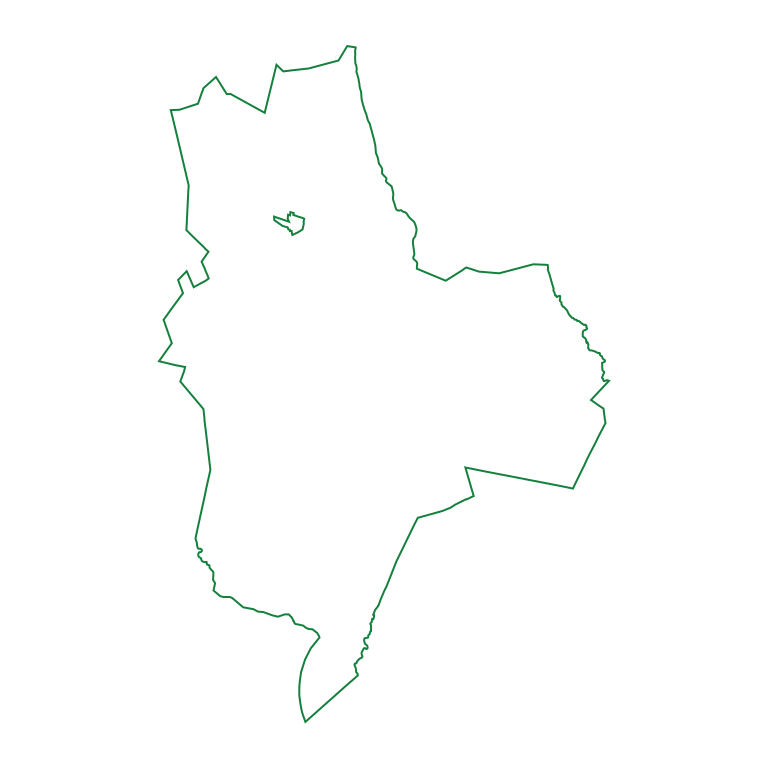 Gwanda, Matabeleland South, Zimbabwe
{"feature_id": "62879985B81037274427079", "entity_name": "Gwanda", "entity_type": "district", "adm_level": 2, "iso_a3": "ZWE", "parent_name": "Zimbabwe", "parent_adm1": "Matabeleland South", "projection": "equal_earth", "projection_center": [29.396, -21.277], "detail": "fine", "context": "isolated", "style": "outline", "palette": "green", "viewbox_px": 768, "rotation_deg": 0, "n_neighbors": 0, "source": "geoboundaries", "source_scale": "gbopen_adm2", "svg_char_len": 6080}
<svg xmlns="http://www.w3.org/2000/svg" viewBox="0 0 768 768"><path d="M609.0,380.8L607.2,380.2L606.7,380.2L604.9,381.0L604.5,381.1L603.8,381.0L603.3,380.1L603.1,378.9L602.1,378.0L602.2,377.1L603.1,375.0L603.3,374.1L604.1,372.8L604.2,372.2L603.7,371.5L602.8,370.6L602.4,369.8L602.2,367.4L602.3,365.5L602.1,364.2L602.0,363.1L602.9,362.5L604.3,362.0L604.5,361.8L605.0,361.1L605.0,360.8L604.7,360.1L603.3,359.1L602.6,358.3L602.4,357.9L602.1,356.7L601.8,356.2L601.0,355.9L600.1,355.0L599.9,354.5L599.9,353.4L599.5,353.0L599.2,352.9L598.3,353.0L597.9,353.0L595.3,351.6L592.1,350.5L589.7,350.3L589.2,349.8L588.9,349.0L588.4,348.7L588.2,348.4L588.2,346.6L588.4,344.9L587.8,343.1L587.5,342.5L587.0,343.1L586.6,342.8L586.2,341.5L586.1,340.1L585.9,339.3L585.3,338.4L584.3,337.5L583.9,337.4L582.8,336.5L582.7,334.8L582.9,331.7L583.2,331.2L584.1,330.3L585.5,330.0L586.3,329.3L586.8,329.1L587.1,328.8L586.8,327.8L586.3,326.8L586.5,326.3L586.2,325.4L585.4,324.7L584.6,324.9L583.8,324.8L581.6,323.3L579.0,321.1L578.0,320.9L577.4,321.1L577.0,320.3L576.5,320.0L576.3,319.8L575.7,319.6L574.6,319.6L573.7,318.5L573.3,318.1L572.3,318.0L568.9,314.4L568.2,312.8L567.0,310.4L563.9,307.0L562.9,306.7L562.4,305.7L561.6,304.7L561.5,304.3L561.4,302.3L560.1,301.1L559.8,300.3L560.2,297.2L560.2,296.7L560.0,296.0L559.8,295.9L559.3,295.9L557.7,296.5L557.0,297.0L556.8,297.0L556.5,296.6L556.0,295.5L555.7,295.4L555.3,295.5L555.1,295.3L554.4,292.2L553.8,291.4L553.5,290.6L553.4,289.9L553.6,289.0L553.6,288.7L551.8,282.7L549.5,274.5L548.3,271.0L548.1,270.6L547.8,269.9L547.8,269.6L548.1,268.9L548.0,267.1L547.7,265.0L547.1,264.9L546.2,264.8L533.3,264.3L499.2,273.3L478.9,271.6L466.4,267.5L464.6,268.5L462.4,270.2L445.7,280.7L416.9,268.7L416.9,265.9L417.3,263.7L417.1,263.0L416.6,261.7L414.1,259.5L413.7,259.0L413.2,257.8L413.2,257.5L414.3,254.6L414.3,253.2L413.0,243.9L412.9,242.1L412.9,241.6L413.3,239.1L415.3,236.1L415.9,233.4L416.1,232.8L416.3,232.0L416.5,230.3L416.4,228.3L415.2,224.2L414.8,223.7L414.6,222.9L414.1,221.9L412.2,220.1L410.7,218.8L409.9,218.1L408.5,216.3L406.5,213.3L405.5,212.4L402.9,211.6L401.1,210.2L400.4,210.2L399.1,210.6L397.5,210.4L396.5,209.6L396.0,208.8L395.7,208.1L394.4,203.4L393.3,200.4L392.9,198.4L393.2,195.9L393.3,193.8L393.3,193.3L391.7,186.6L391.2,186.0L390.8,185.9L390.4,185.3L386.8,182.5L386.0,181.3L385.9,181.1L385.9,180.6L386.4,179.0L386.4,178.1L383.8,175.5L382.1,173.5L382.0,172.9L382.2,170.1L382.0,168.4L381.1,166.8L378.8,163.3L378.8,162.8L377.8,157.7L375.9,152.9L375.4,146.0L374.1,139.9L369.7,123.6L368.3,121.2L367.4,118.7L367.4,118.4L366.1,113.6L365.9,113.4L364.4,109.3L363.1,105.1L361.7,99.6L361.4,96.3L361.2,93.1L361.0,91.1L360.5,90.2L359.6,86.6L359.3,83.5L358.6,79.8L358.5,78.7L356.9,73.3L356.6,72.6L356.4,71.2L356.8,69.1L356.1,64.8L355.6,64.0L355.4,63.6L355.1,58.1L355.1,56.3L355.3,54.7L355.1,51.3L355.2,50.2L355.7,48.0L355.7,47.7L355.6,47.4L347.2,46.1L338.5,60.5L308.5,68.5L291.4,70.4L283.3,71.4L276.5,64.8L264.7,112.8L230.4,93.9L226.8,94.1L216.0,77.0L203.3,88.3L202.8,90.5L202.1,91.8L198.0,103.7L179.3,109.8L170.8,110.1L177.2,136.6L188.7,185.5L188.3,191.1L186.4,230.1L193.5,237.2L204.6,247.9L204.9,248.5L208.5,251.7L201.6,261.6L204.1,267.2L204.3,267.4L205.7,271.2L207.6,275.5L208.7,278.5L204.8,281.3L204.5,281.3L193.7,287.2L186.7,271.2L178.1,280.0L183.0,293.2L173.7,305.8L163.6,319.8L171.8,343.2L159.0,361.2L175.6,365.2L185.1,367.0L184.1,371.2L180.3,381.5L203.4,409.0L204.5,418.7L204.4,419.7L205.9,431.8L210.4,469.9L206.1,489.0L204.7,496.1L197.6,528.4L195.5,538.5L196.2,540.9L196.5,541.4L196.9,543.3L197.1,545.9L197.9,548.1L198.3,548.6L198.6,548.8L200.0,548.7L200.7,548.8L201.8,549.8L201.9,550.8L201.0,552.0L199.5,552.2L199.1,552.3L198.2,554.1L198.3,555.4L198.4,556.0L199.1,557.1L200.6,557.9L201.2,558.8L201.2,559.3L201.8,560.8L202.4,561.4L202.9,561.6L203.6,561.7L204.3,562.2L206.5,561.9L207.0,564.5L209.4,565.3L209.6,567.8L213.3,572.0L213.4,575.3L213.0,579.7L215.1,583.2L213.5,590.5L220.3,596.2L223.5,597.0L229.7,597.0L232.1,597.9L243.2,607.3L253.5,609.2L257.9,611.6L263.2,612.0L272.2,615.3L277.9,616.7L284.7,614.4L288.7,614.4L291.9,617.6L293.7,621.6L293.8,621.5L293.9,621.9L295.1,623.8L296.3,624.2L299.0,624.6L303.4,625.7L305.6,627.6L308.7,629.0L312.5,629.3L317.1,632.9L318.7,635.5L319.5,637.5L310.7,648.4L305.0,659.7L301.3,671.5L301.1,671.8L300.2,678.5L299.5,684.2L299.3,688.2L299.3,695.4L300.4,703.7L301.7,710.8L302.9,714.9L305.4,721.9L344.4,687.2L357.8,675.5L357.6,673.9L356.1,671.9L356.1,670.5L355.6,667.6L354.5,665.1L354.5,664.5L354.8,663.8L355.0,663.5L355.6,663.4L356.0,663.5L356.3,663.3L356.6,662.8L357.1,661.3L358.6,659.7L358.7,659.4L360.2,658.4L361.8,657.7L362.3,657.0L362.4,656.6L361.6,654.1L361.6,653.1L361.8,652.1L362.1,651.5L363.6,648.8L364.1,648.2L364.7,648.1L365.3,648.3L365.6,648.6L366.5,649.0L367.3,648.6L367.5,648.1L367.6,647.4L367.3,645.8L366.8,645.3L365.0,643.7L364.8,643.3L364.2,641.2L364.2,639.4L364.4,638.6L365.0,638.1L367.6,637.7L368.0,637.5L368.2,637.1L368.3,635.5L368.6,634.9L369.0,634.7L369.6,634.2L369.8,633.6L369.9,632.4L370.1,631.9L370.3,631.5L370.9,631.3L371.0,631.0L371.1,626.1L370.8,624.6L370.4,624.2L370.4,623.5L371.8,621.8L371.9,620.0L372.1,619.1L372.2,618.9L372.5,618.9L372.9,619.1L373.2,619.2L373.5,618.8L374.1,616.2L374.2,615.0L374.1,614.9L373.8,614.8L373.7,615.0L373.3,615.0L373.2,614.7L373.6,613.9L375.1,609.9L377.8,606.6L377.9,605.9L378.7,605.1L380.7,599.3L384.4,590.6L386.3,586.9L396.5,561.2L414.3,524.6L417.8,517.8L442.3,511.0L450.3,507.8L455.3,504.6L466.1,499.2L466.6,499.4L473.7,496.0L471.4,488.3L465.4,467.5L467.0,467.9L468.0,468.0L483.8,471.2L554.3,484.8L554.9,484.9L568.5,487.6L572.9,488.6L574.4,485.4L583.1,467.6L583.5,467.0L586.4,460.6L589.3,454.6L595.1,443.5L598.6,436.3L605.5,423.0L604.9,419.7L603.5,408.6L599.7,406.1L591.0,400.0L609.0,380.8ZM290.0,215.4L290.4,212.1L293.7,213.1L293.3,214.9L298.1,216.6L302.7,218.0L304.2,218.7L303.6,221.8L303.8,223.8L302.5,229.5L298.0,232.3L292.3,235.0L292.2,234.8L291.6,231.0L289.9,231.1L289.8,229.7L288.9,229.6L288.2,229.1L287.7,227.4L282.5,225.9L274.3,220.1L274.1,216.6L289.0,221.7L287.7,218.5L288.1,214.7L290.0,215.4Z" fill="none" stroke="#15803d" stroke-width="2"/></svg>